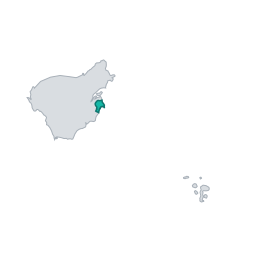 Santa Elena highlighted on a map of Ecuador, rotated 210°
{"feature_id": "ECU-5507", "entity_name": "Santa Elena", "entity_type": "Province", "adm_level": 1, "iso_a3": "ECU", "parent_name": "Ecuador", "parent_adm1": "", "projection": "natural_earth1", "projection_center": [-80.701, -2.093], "detail": "coarse", "context": "in_parent", "style": "filled", "palette": "teal", "viewbox_px": 256, "rotation_deg": 210, "n_neighbors": 0, "source": "natural_earth", "source_scale": "10m", "svg_char_len": 4282}
<svg xmlns="http://www.w3.org/2000/svg" viewBox="0 0 256 256"><g transform="rotate(210 128 128)"><path d="M230.6,103.9L229.9,104.4L228.2,104.6L226.8,104.1L226.3,104.1L226.2,104.6L228.0,105.9L228.8,108.3L230.1,109.7L230.9,110.4L230.9,110.9L230.7,111.8L230.6,112.6L231.0,116.1L230.7,116.4L229.8,116.4L229.0,115.7L227.0,124.6L220.5,133.3L213.1,139.5L204.5,143.1L198.2,145.6L197.2,146.6L194.2,151.0L194.0,151.4L194.4,152.2L194.5,152.7L194.0,153.0L193.6,153.0L193.4,152.8L193.3,152.2L192.9,151.7L192.4,151.5L192.1,151.7L192.1,152.2L191.5,154.5L191.4,155.7L191.2,156.2L191.2,157.2L190.5,158.2L190.1,159.7L189.5,160.2L188.9,162.7L187.9,165.2L187.9,166.0L188.2,166.6L188.3,167.1L187.8,168.6L185.6,170.1L185.1,170.8L184.8,171.6L185.0,172.3L184.9,172.9L184.2,173.1L183.5,174.5L182.9,174.8L181.6,174.4L180.5,174.4L179.7,173.9L178.2,171.6L177.6,170.2L177.4,168.3L175.9,167.0L173.9,167.4L173.3,166.9L171.8,166.1L170.6,165.2L169.6,164.7L168.9,165.0L167.7,166.5L166.5,167.2L166.0,167.1L165.3,166.7L165.2,166.2L166.9,163.5L165.7,163.4L165.2,162.8L165.2,162.2L165.0,161.4L165.2,160.6L165.9,160.1L166.9,160.5L167.5,160.5L168.0,159.7L168.9,159.1L169.1,158.7L168.6,157.4L168.5,156.6L168.6,156.2L168.6,154.8L168.3,154.3L168.3,153.5L168.0,153.1L167.9,152.1L167.3,151.5L169.3,150.6L170.1,149.9L171.0,149.2L171.8,148.2L172.3,147.2L173.6,142.7L174.7,139.8L174.6,138.4L173.6,136.6L173.4,133.8L173.5,133.0L173.3,132.4L172.7,133.5L172.9,137.5L172.3,139.3L171.5,139.8L171.0,139.5L171.3,136.5L170.7,137.1L169.8,139.1L168.2,140.5L168.2,141.0L167.8,141.6L166.6,141.1L165.7,140.5L162.8,137.1L160.8,136.4L159.7,135.3L159.4,134.8L159.3,134.1L160.5,133.4L161.7,132.5L161.8,130.4L161.8,128.8L160.9,126.0L161.3,122.4L161.1,121.0L160.0,118.0L160.8,116.5L163.5,115.4L164.4,114.6L165.0,112.2L165.6,110.8L166.9,111.4L167.8,111.3L166.5,110.8L165.5,108.6L165.3,107.7L167.3,104.7L168.4,104.0L169.7,102.4L170.8,100.1L171.0,96.4L170.6,93.7L170.3,90.9L170.9,90.2L172.6,89.8L173.9,88.9L174.6,88.1L176.2,88.2L178.1,86.9L181.0,86.3L185.2,84.8L186.1,83.5L185.7,81.2L187.2,82.6L187.9,83.7L190.1,84.9L192.6,87.1L194.2,88.2L196.0,89.3L198.6,90.3L200.2,90.1L200.9,91.8L201.5,92.3L203.0,92.9L203.2,93.1L203.7,96.1L204.1,96.6L205.4,97.1L207.0,97.3L207.6,97.2L209.0,98.0L211.2,98.7L212.0,98.8L212.3,98.7L212.4,98.4L213.1,98.4L214.0,98.8L215.4,98.9L216.2,98.5L216.4,96.8L216.7,96.4L217.7,95.8L218.2,95.9L220.7,97.3L221.3,97.8L221.9,98.7L223.1,100.1L224.4,101.0L226.4,101.4L228.3,102.9L230.6,103.9ZM29.8,101.9L30.6,102.9L31.0,105.6L33.5,108.4L33.8,109.9L33.6,110.7L33.7,111.0L34.9,112.1L35.7,113.2L34.4,116.0L31.6,117.1L28.5,117.1L27.9,116.8L27.1,115.7L27.0,114.8L27.4,113.9L29.0,112.6L31.4,111.4L31.7,110.4L30.7,109.5L30.1,107.7L28.6,106.5L27.8,102.7L27.3,102.5L26.3,103.0L25.8,102.5L25.7,102.3L26.8,101.4L27.0,100.8L28.7,100.5L29.4,101.0L29.8,101.9ZM41.5,113.5L40.9,113.5L38.9,112.1L39.1,110.8L39.9,109.8L42.4,109.4L43.4,110.2L43.3,111.9L42.5,113.1L41.8,113.3L41.5,113.5ZM169.7,145.5L169.5,146.1L168.3,146.0L167.9,145.8L168.2,143.2L168.5,142.3L169.5,141.5L170.3,141.1L171.4,141.2L172.5,141.9L171.2,143.3L170.2,143.7L169.7,145.5ZM27.8,109.0L26.6,109.3L25.5,108.8L25.1,108.0L25.0,106.8L25.1,106.4L27.4,106.0L28.2,107.0L28.2,108.4L27.8,109.0ZM53.1,115.5L51.6,116.1L50.7,115.6L50.7,115.2L51.5,114.3L52.3,113.8L53.0,112.8L54.3,112.2L54.7,112.3L55.0,112.5L55.1,112.9L54.6,113.7L53.8,114.3L53.1,115.5ZM38.5,107.2L38.0,107.6L35.6,107.1L34.9,106.3L35.4,105.1L35.9,104.6L37.4,105.1L38.8,106.4L38.5,107.2ZM40.4,121.8L39.9,121.8L39.2,121.2L39.8,120.1L40.8,120.7L41.0,121.1L40.4,121.8ZM185.1,84.1L184.4,84.2L184.0,83.5L184.9,82.7L185.2,82.6L185.1,84.1Z" fill="#d9dde1" stroke="#a8b0b8" stroke-width="1"/><path d="M164.5,139.1L163.1,137.4L162.3,137.1L161.9,137.1L161.3,136.8L160.5,136.2L159.9,136.0L159.6,135.2L158.7,133.9L158.8,133.8L159.4,134.1L159.7,134.5L160.0,134.5L160.4,134.3L161.1,133.7L161.6,133.4L162.0,132.9L162.1,132.0L161.8,131.0L161.8,130.8L162.2,130.7L162.2,130.0L161.5,127.6L161.1,126.7L161.9,126.6L162.8,126.6L163.5,126.4L164.3,126.5L164.3,127.0L164.6,127.4L164.3,128.4L164.3,128.7L164.4,128.9L164.9,129.1L165.0,129.7L165.4,130.4L166.0,130.8L167.0,131.1L167.7,131.6L168.2,132.1L168.7,133.0L168.6,134.3L168.4,135.7L167.9,136.7L167.3,137.1L166.2,137.4L165.4,138.1L164.5,139.1Z" fill="#14b8a6" stroke="#0f766e" stroke-width="1.5"/></g></svg>